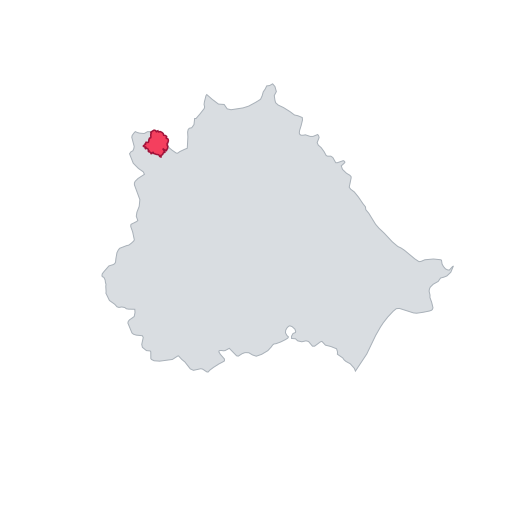 Kastsyukovichy, Mogilev, Belarus (highlighted), rotated 218°
{"feature_id": "67162791B14569635979911", "entity_name": "Kastsyukovichy", "entity_type": "district", "adm_level": 2, "iso_a3": "BLR", "parent_name": "Belarus", "parent_adm1": "Mogilev", "projection": "albers", "projection_center": [31.992, 53.27], "detail": "fine", "context": "in_parent", "style": "filled", "palette": "rose", "viewbox_px": 512, "rotation_deg": 218, "n_neighbors": 0, "source": "geoboundaries", "source_scale": "gbopen_adm2", "svg_char_len": 6881}
<svg xmlns="http://www.w3.org/2000/svg" viewBox="0 0 512 512"><g transform="rotate(218 256 256)"><path d="M394.2,352.9L387.3,352.5L379.1,352.6L374.4,355.8L369.3,354.2L365.7,355.9L357.4,364.7L354.1,369.5L350.9,376.8L348.9,382.3L349.8,386.1L351.3,389.7L351.6,393.6L352.3,396.6L350.2,398.7L348.9,401.9L345.4,401.2L341.2,398.1L340.4,393.7L337.2,390.6L335.0,388.9L331.5,388.6L325.7,389.9L318.2,390.7L312.5,390.8L309.4,392.3L304.8,393.6L303.1,391.8L300.8,386.7L298.9,381.7L297.6,379.5L296.4,378.8L294.8,378.9L293.0,380.4L291.7,381.9L286.9,383.6L284.7,385.3L282.2,389.7L280.7,389.3L279.2,388.2L277.6,383.0L275.2,381.7L271.3,381.5L266.5,380.1L262.6,378.4L261.1,378.7L258.6,380.7L256.1,380.9L250.6,378.6L249.4,379.5L245.9,384.9L244.4,385.1L243.5,384.3L244.3,379.5L241.2,377.5L235.7,376.9L231.8,377.4L230.0,377.1L229.1,376.1L224.9,367.6L222.5,366.9L218.0,367.0L211.5,365.5L204.1,363.1L200.0,362.1L198.0,360.1L193.4,359.1L181.3,354.6L176.2,353.6L168.8,352.9L157.4,351.1L150.1,350.8L146.6,351.6L142.7,351.9L129.1,351.5L124.1,351.9L122.6,353.4L120.6,357.0L114.3,362.9L108.4,366.6L107.3,366.9L104.4,364.2L101.8,363.1L98.8,362.5L96.5,363.0L95.0,363.9L94.6,368.9L94.2,369.3L92.5,363.1L93.3,357.8L95.0,354.9L97.0,352.3L96.8,348.1L99.0,342.8L99.5,338.8L99.1,337.0L98.0,334.9L94.8,332.3L93.4,330.4L89.0,327.6L84.6,324.1L84.1,322.3L84.4,321.1L85.5,319.4L89.7,314.5L94.2,309.8L96.9,308.1L110.7,303.0L113.0,300.9L113.9,297.0L114.6,289.1L114.6,281.8L114.2,276.7L112.8,267.1L108.4,247.0L106.8,226.5L109.3,228.0L115.3,229.1L120.2,228.3L122.7,228.4L124.9,229.1L131.4,228.7L132.7,230.6L135.4,232.5L141.2,230.8L146.4,228.5L151.5,229.3L152.4,228.0L154.3,221.0L156.0,219.7L162.0,221.0L164.4,219.9L167.1,216.6L170.9,214.8L173.9,215.1L177.2,212.9L178.6,214.7L179.1,217.7L177.8,220.0L178.2,220.9L180.3,222.3L184.0,222.6L186.4,221.8L187.1,220.5L187.3,218.1L186.9,215.8L185.5,213.6L182.7,212.4L180.6,212.2L180.4,210.9L181.3,208.3L183.6,203.5L186.2,199.3L187.7,197.7L188.1,196.2L188.0,193.5L188.4,188.7L191.0,182.0L194.1,177.2L197.8,175.9L202.2,175.3L205.2,173.1L206.8,170.5L208.3,166.2L209.8,165.4L220.2,166.8L222.1,162.5L223.1,161.4L225.2,160.2L226.7,158.8L226.3,157.6L223.7,156.6L217.5,155.4L216.3,153.9L216.9,152.2L218.9,147.8L220.9,142.1L222.1,137.7L222.3,135.1L223.3,134.4L228.4,134.0L230.1,133.2L234.9,127.4L238.3,126.6L246.7,128.7L250.7,128.8L255.6,129.6L256.1,129.0L258.2,123.0L267.2,113.8L271.8,110.7L274.7,110.1L275.7,110.4L279.9,115.7L281.0,116.0L284.1,114.0L289.3,114.1L291.6,116.0L294.7,122.4L296.5,123.2L301.7,119.9L304.5,118.9L306.4,119.0L315.7,124.3L316.4,125.8L316.4,127.7L314.7,133.3L316.5,136.9L318.7,139.4L323.8,135.6L325.7,134.6L327.7,134.6L330.4,133.2L332.3,131.1L334.2,130.4L337.7,131.0L344.1,130.7L351.4,134.3L352.0,135.4L355.6,139.5L356.9,141.5L358.1,142.2L360.1,144.2L362.7,145.5L364.5,145.1L365.4,145.8L366.2,147.4L366.2,150.0L365.8,157.6L363.1,161.5L362.7,162.9L362.8,164.5L364.9,167.9L367.6,173.0L368.2,175.9L368.2,178.1L364.3,184.6L363.0,186.1L362.1,189.3L361.6,192.5L361.8,193.8L368.1,199.1L372.7,202.0L373.8,203.4L373.9,204.2L371.3,209.7L371.0,211.2L374.8,213.6L376.8,217.2L378.6,223.2L382.2,228.9L395.6,237.2L396.8,238.7L397.2,240.5L396.7,244.4L394.2,251.7L396.6,252.9L402.6,252.6L409.8,253.5L418.6,258.7L418.7,261.0L417.8,263.1L418.4,265.4L419.4,267.3L427.0,273.1L427.8,274.8L427.9,277.6L427.7,279.7L425.6,280.2L423.3,281.2L419.5,283.7L418.0,287.2L411.7,292.1L407.9,294.3L404.8,294.4L397.5,293.4L394.9,291.0L393.9,288.8L391.1,287.8L387.3,287.7L382.2,288.0L381.1,288.7L380.3,291.4L378.0,296.0L376.5,298.6L382.9,307.8L386.2,311.6L387.3,313.9L387.2,315.6L385.6,317.5L385.8,321.4L389.0,326.6L387.9,327.4L387.6,333.7L387.6,340.4L388.4,342.0L390.2,343.4L391.6,345.8L394.1,351.5L394.2,352.9Z" fill="#d9dde1" stroke="#a8b0b8" stroke-width="1"/><path d="M412.5,273.3L412.2,273.3L411.8,273.3L411.3,273.2L411.1,273.2L410.8,273.3L410.6,273.5L410.2,273.9L409.9,273.9L409.7,273.5L409.7,273.2L409.6,272.8L409.5,272.6L409.1,272.5L408.9,272.6L408.7,273.0L408.6,273.4L408.5,273.6L408.3,273.6L408.0,273.7L407.8,273.7L407.5,273.8L407.2,273.8L406.8,273.8L406.6,273.7L406.4,273.5L406.3,273.3L406.1,273.1L405.9,272.9L405.7,273.0L405.4,273.1L405.2,273.1L405.1,272.8L405.1,272.6L405.2,272.4L405.2,272.2L404.8,272.1L404.7,272.1L404.3,272.3L404.1,272.4L403.9,272.4L403.7,272.5L403.4,272.6L403.0,272.7L402.7,272.6L402.3,272.5L402.1,272.4L402.0,272.2L401.8,272.0L401.7,272.0L401.4,272.3L401.2,272.5L401.3,272.9L401.5,273.1L401.5,273.4L401.4,273.6L401.2,273.9L401.1,274.1L401.0,274.3L400.8,274.4L400.7,274.4L400.4,274.2L400.2,273.8L399.9,273.8L399.6,273.9L399.2,273.9L398.8,274.1L398.5,274.3L398.3,274.4L398.0,274.5L397.7,274.5L397.4,274.6L396.9,274.8L396.6,275.0L396.2,275.2L395.7,275.5L395.4,275.6L395.1,275.8L394.8,275.8L394.4,275.7L394.1,275.6L393.9,275.5L393.6,275.3L393.4,275.2L393.1,275.2L392.8,275.2L392.6,275.2L392.3,275.3L392.2,275.3L391.9,275.4L391.7,275.6L391.8,275.8L392.1,275.9L392.3,276.0L392.5,276.2L392.8,276.4L392.9,276.5L392.9,276.8L392.7,277.0L392.4,277.4L392.3,277.8L392.2,278.1L392.1,278.4L392.1,278.7L392.1,278.9L392.3,279.1L392.4,279.4L392.4,279.7L392.4,279.9L392.4,280.2L392.5,280.4L392.5,280.8L392.4,280.9L392.2,281.0L391.9,281.2L391.7,281.3L391.6,281.5L391.9,281.9L392.2,282.1L392.6,282.1L392.9,282.1L393.2,282.3L393.6,282.4L393.8,282.5L394.3,282.7L394.6,282.8L394.9,283.0L395.0,283.0L395.0,283.3L394.9,283.3L394.7,283.3L394.4,283.3L394.0,283.3L393.5,283.4L393.1,283.4L392.8,283.5L392.3,283.5L392.1,283.5L391.7,283.6L391.4,283.9L391.5,284.2L391.6,284.3L391.8,284.4L392.1,284.6L392.1,284.8L391.9,285.0L391.8,285.3L391.8,285.8L391.9,286.3L392.0,286.6L392.3,287.0L392.6,287.4L392.9,287.8L393.1,288.3L393.9,288.3L394.4,289.0L395.1,289.5L395.3,290.1L395.3,291.0L395.6,291.8L395.8,292.5L395.9,292.8L396.7,293.5L397.1,293.9L397.9,294.0L398.6,293.8L398.9,293.5L399.2,293.5L399.6,293.9L399.6,294.3L399.7,294.7L400.0,295.2L401.2,295.2L402.0,295.0L402.4,294.7L403.1,294.3L403.7,294.7L404.2,295.2L404.8,295.4L406.2,295.5L407.1,295.3L407.9,295.2L408.4,294.8L408.7,294.4L408.9,293.9L409.3,293.7L409.6,293.8L410.4,294.3L410.5,294.1L410.9,293.5L410.9,292.7L411.0,292.5L411.4,292.6L412.3,293.0L413.2,292.8L413.9,292.3L414.2,291.4L414.6,290.6L414.6,289.9L415.0,289.3L415.0,288.9L414.9,288.6L414.8,288.3L414.4,288.2L414.2,288.2L414.0,287.8L413.9,287.5L413.8,287.1L413.6,286.8L413.3,286.4L413.0,286.0L412.6,285.6L412.2,285.2L412.0,284.9L411.9,284.5L411.8,284.3L411.9,284.0L412.2,283.8L412.3,283.7L412.5,283.2L412.3,282.8L412.2,282.5L412.2,282.2L412.1,281.8L411.8,281.5L411.6,281.0L411.5,280.9L411.3,280.5L411.1,280.0L410.9,279.7L410.8,279.3L410.9,279.1L411.1,279.0L411.3,278.9L411.5,278.6L411.7,278.4L412.0,278.3L412.3,278.2L412.5,278.1L412.7,277.9L412.6,277.7L412.4,277.4L412.4,277.1L412.4,276.7L412.5,276.4L412.3,276.3L412.2,276.2L411.9,276.0L412.0,275.8L412.1,275.6L412.1,275.3L412.2,275.0L412.3,274.6L412.4,274.3L412.5,273.9L412.5,273.3Z" fill="#f43f5e" stroke="#9f1239" stroke-width="1.5"/></g></svg>